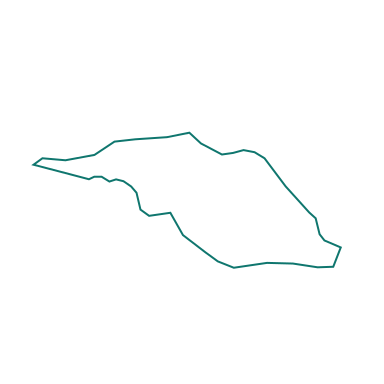 Gomba, Albers equal-area conic projection, rotated 199°
{"feature_id": "UGA-5600", "entity_name": "Gomba", "entity_type": "District", "adm_level": 1, "iso_a3": "UGA", "parent_name": "Uganda", "parent_adm1": "", "projection": "albers", "projection_center": [31.74, 0.19], "detail": "fine", "context": "isolated", "style": "outline", "palette": "teal", "viewbox_px": 384, "rotation_deg": 199, "n_neighbors": 0, "source": "natural_earth", "source_scale": "10m", "svg_char_len": 649}
<svg xmlns="http://www.w3.org/2000/svg" viewBox="0 0 384 384"><g transform="rotate(199 192 192)"><path d="M224.8,155.5L235.0,158.6L244.2,173.2L251.3,177.4L260.3,179.9L267.9,179.2L273.5,175.0L282.4,177.0L289.4,174.6L293.6,170.5L301.9,169.9L350.7,166.2L344.4,175.2L322.0,180.8L296.3,195.3L281.7,214.4L262.7,223.4L233.5,235.7L213.8,247.2L199.3,240.8L175.9,237.2L165.9,242.3L156.9,248.4L145.8,250.0L134.4,247.5L105.3,227.8L74.5,210.8L66.5,207.4L57.6,193.6L51.0,189.3L33.3,188.0L34.1,167.3L48.7,161.7L73.3,157.2L98.0,149.4L127.8,134.0L145.0,134.8L159.6,139.3L186.5,148.3L205.7,165.3L224.8,155.5Z" fill="none" stroke="#0f766e" stroke-width="2"/></g></svg>